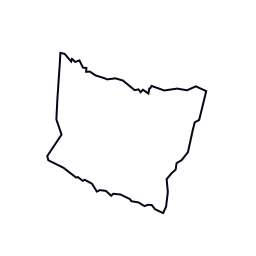 Laurens, South Carolina, United States of America, rotated 343°
{"feature_id": "52423323B54800472139978", "entity_name": "Laurens", "entity_type": "district", "adm_level": 2, "iso_a3": "USA", "parent_name": "United States of America", "parent_adm1": "South Carolina", "projection": "natural_earth1", "projection_center": [-82.015, 34.494], "detail": "fine", "context": "isolated", "style": "outline", "palette": "ink", "viewbox_px": 256, "rotation_deg": 343, "n_neighbors": 0, "source": "geoboundaries", "source_scale": "gbopen_adm2", "svg_char_len": 941}
<svg xmlns="http://www.w3.org/2000/svg" viewBox="0 0 256 256"><g transform="rotate(343 128 128)"><path d="M42.6,131.2L42.4,135.6L54.6,147.1L59.9,154.6L63.9,160.2L65.7,160.3L69.3,165.3L71.5,164.9L77.3,170.8L79.6,179.7L83.0,179.2L88.5,181.7L92.1,187.9L94.6,186.6L101.4,189.4L109.1,196.6L109.8,199.0L116.2,202.2L120.9,207.5L124.7,207.3L128.2,208.6L130.1,213.6L136.7,219.6L141.4,214.4L147.4,200.8L150.0,188.2L156.5,184.0L161.4,181.7L164.2,175.8L169.9,174.4L178.2,168.7L189.8,148.1L193.5,142.1L198.4,141.1L213.6,115.6L205.0,108.0L195.5,109.2L186.5,104.7L173.6,102.7L162.8,94.6L161.1,96.4L159.9,96.5L157.6,101.0L153.5,95.8L150.5,97.5L149.4,94.2L145.4,93.7L137.0,81.1L130.4,76.8L122.3,75.4L119.6,73.2L112.3,68.2L108.0,62.9L104.4,62.0L105.7,58.4L102.6,57.1L101.3,49.2L96.9,49.4L94.7,45.6L93.1,47.8L89.1,38.6L85.3,36.4L81.0,48.1L77.4,57.4L72.4,70.6L68.8,80.0L62.0,98.9L62.5,114.9L42.6,131.2Z" fill="none" stroke="#020617" stroke-width="2"/></g></svg>